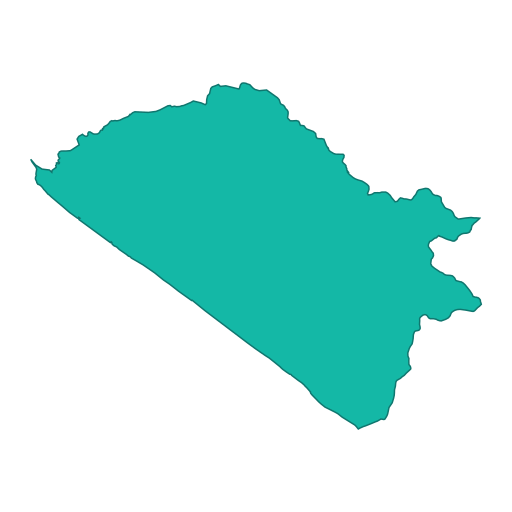 outline of Seluma, Bengkulu, Indonesia
{"feature_id": "22746128B87861638449066", "entity_name": "Seluma", "entity_type": "district", "adm_level": 2, "iso_a3": "IDN", "parent_name": "Indonesia", "parent_adm1": "Bengkulu", "projection": "albers", "projection_center": [102.762, -4.08], "detail": "fine", "context": "isolated", "style": "filled", "palette": "teal", "viewbox_px": 512, "rotation_deg": 0, "n_neighbors": 0, "source": "geoboundaries", "source_scale": "gbopen_adm2", "svg_char_len": 5992}
<svg xmlns="http://www.w3.org/2000/svg" viewBox="0 0 512 512"><path d="M481.3,304.4L481.0,303.1L480.5,301.8L480.3,300.0L479.2,298.5L477.9,297.6L477.4,297.6L476.8,297.3L474.9,297.1L474.2,296.8L473.1,296.5L472.0,294.0L469.7,290.5L465.2,284.9L463.2,283.0L461.1,281.8L460.4,281.8L456.7,280.8L456.1,280.6L455.7,280.2L454.7,278.1L453.3,276.6L452.2,275.8L450.3,275.4L446.7,275.2L445.1,274.8L444.1,274.2L443.0,273.2L440.9,272.2L440.4,272.2L434.7,268.4L431.8,266.0L431.5,265.5L431.4,264.9L431.1,264.7L430.7,263.7L431.3,259.2L432.5,257.9L433.5,255.7L433.3,253.5L433.1,253.0L432.1,251.9L431.0,250.2L428.5,246.9L428.3,245.3L428.6,243.8L429.3,242.4L429.6,241.5L431.3,240.9L434.7,238.2L436.4,237.8L438.6,235.6L439.4,235.8L439.5,236.2L442.0,237.0L446.1,238.9L448.3,239.7L450.9,240.4L452.5,241.0L453.5,241.1L454.1,240.8L454.7,241.0L455.2,240.3L456.2,239.8L456.2,239.6L456.9,239.2L457.5,237.5L458.4,236.1L461.5,234.0L463.6,233.4L466.5,233.2L467.9,232.9L469.7,232.0L470.6,229.9L471.0,229.8L471.2,229.4L471.5,227.5L471.9,226.3L471.9,225.6L472.7,224.9L474.2,223.1L475.9,221.9L479.6,218.5L479.8,218.2L476.7,217.9L474.2,217.9L471.1,217.5L465.7,218.0L458.4,219.1L457.4,218.5L455.0,216.8L454.2,215.6L453.3,213.3L452.3,211.7L451.7,211.1L450.5,210.1L446.0,208.4L444.9,207.6L444.4,206.9L441.4,201.8L441.1,198.1L440.8,197.4L439.5,196.5L437.7,195.7L436.9,195.5L435.5,195.5L434.6,195.2L432.7,194.1L431.8,192.8L431.2,191.7L429.9,190.1L428.4,188.9L427.0,188.5L425.3,188.4L421.2,189.4L419.0,189.8L417.4,191.1L415.8,194.5L413.8,196.8L413.1,198.0L412.2,199.1L411.6,199.7L410.4,200.0L406.4,199.0L404.1,198.9L402.3,198.3L400.4,197.9L398.9,199.3L397.4,201.3L395.1,201.8L391.5,197.5L390.2,195.4L387.7,193.1L385.8,192.1L381.8,192.1L379.5,192.8L377.4,192.7L374.3,192.8L372.5,194.0L371.3,194.5L369.2,194.9L368.5,194.7L368.2,194.9L367.5,193.4L368.4,191.2L369.0,189.2L368.8,186.4L368.4,185.8L366.9,184.3L364.5,182.6L362.0,181.1L357.9,179.9L355.3,178.9L353.0,177.5L349.3,174.4L347.6,172.3L348.4,172.2L346.8,170.0L346.8,168.7L346.0,167.0L346.0,165.7L345.0,164.5L343.6,163.3L342.5,162.1L342.4,160.9L342.9,159.2L343.9,157.5L344.1,155.3L343.1,154.3L335.9,154.2L333.8,153.6L330.3,151.5L328.9,150.2L328.2,147.9L327.9,147.6L327.9,148.1L326.4,145.6L323.9,139.2L321.5,138.6L320.1,138.7L317.5,138.5L316.7,137.8L316.1,136.7L315.6,133.5L313.4,131.5L306.4,128.9L305.0,127.3L304.7,126.7L303.9,125.8L301.5,125.4L300.6,125.5L300.0,124.5L299.7,123.4L298.6,121.3L296.4,120.6L292.0,120.9L291.5,120.8L290.2,120.8L289.0,119.5L288.6,119.2L287.7,118.1L287.6,117.5L288.1,113.8L288.1,111.9L287.4,110.4L286.9,109.8L286.0,109.0L285.1,107.8L284.7,106.7L283.5,105.3L281.0,104.1L280.4,103.3L279.2,99.8L277.5,97.8L266.6,90.0L259.2,90.7L254.8,89.4L252.7,87.8L249.8,84.7L246.3,83.6L246.9,83.6L244.9,83.1L243.0,83.0L241.7,83.4L240.5,84.8L239.5,88.1L238.9,89.0L225.8,85.8L220.4,86.4L218.4,84.5L215.9,85.6L212.2,86.9L210.8,88.4L209.6,93.6L207.6,95.8L206.7,99.6L206.5,103.5L205.2,104.7L201.1,102.9L193.3,101.0L190.7,102.5L183.6,105.5L181.7,105.8L179.7,106.5L176.5,106.7L174.5,106.2L171.8,106.8L170.2,105.5L167.9,105.8L160.2,109.8L156.1,111.4L148.4,112.4L134.8,111.8L132.7,112.7L129.8,115.1L129.7,114.8L128.5,116.3L128.2,116.5L123.4,118.4L120.0,120.1L117.7,120.7L116.1,120.8L115.1,120.5L112.6,121.0L111.8,120.7L110.2,121.5L109.0,123.2L108.0,124.3L107.2,125.0L103.9,126.8L103.7,128.0L102.6,128.5L102.9,129.3L102.3,130.2L101.4,130.0L100.5,130.6L99.4,132.7L97.5,134.0L94.6,134.1L93.3,133.9L90.0,131.9L88.7,132.0L87.9,133.3L88.0,134.9L87.1,136.1L86.7,136.3L85.7,136.3L84.6,135.9L83.2,135.0L82.5,134.3L78.8,136.4L77.1,139.1L79.2,144.9L71.2,150.2L70.1,150.7L66.2,151.0L63.7,151.0L61.1,151.1L59.3,152.0L59.0,153.0L58.0,154.2L58.6,156.8L59.0,157.4L59.7,157.9L59.6,158.6L58.4,159.7L58.1,160.3L58.2,160.9L58.5,162.0L59.4,162.4L59.3,163.4L59.0,163.7L58.7,163.8L57.7,162.8L56.9,162.8L56.4,163.0L56.6,164.3L55.7,165.5L56.1,166.7L56.1,167.4L52.1,170.4L51.8,172.3L49.4,170.0L42.1,169.1L35.6,165.1L30.7,159.3L32.1,162.0L36.1,167.5L36.7,169.3L36.0,173.4L36.0,174.7L36.3,175.5L35.6,177.0L35.4,178.6L35.7,179.8L36.3,180.7L36.9,182.8L37.9,184.3L39.0,184.6L40.5,185.5L42.3,187.3L43.8,189.4L45.0,190.6L48.0,194.2L49.1,194.8L51.2,196.8L57.9,202.5L62.7,206.5L69.6,212.5L77.5,218.2L78.5,218.0L78.8,217.3L79.9,218.2L79.3,218.5L78.7,218.9L79.0,219.6L110.4,242.6L111.1,241.8L111.8,242.4L111.9,243.4L112.3,244.3L114.2,245.9L116.6,246.9L119.3,249.5L126.4,254.4L128.4,256.1L129.9,256.6L130.6,257.1L131.3,258.0L143.0,264.8L154.6,272.8L163.5,280.0L169.5,284.1L178.7,291.3L191.6,300.5L192.1,300.2L204.9,310.6L247.0,342.5L255.7,348.9L265.4,355.6L269.2,358.0L280.5,367.1L280.5,367.3L282.7,369.3L286.4,372.0L289.7,374.2L291.1,374.5L291.7,375.4L298.4,380.5L301.5,382.6L304.3,385.1L305.4,386.5L306.4,387.3L309.9,391.3L310.3,391.7L310.2,391.8L310.8,393.4L312.1,395.0L318.8,401.9L321.6,404.4L322.3,404.9L325.0,407.1L334.8,412.0L337.7,413.6L342.1,417.1L354.8,425.0L356.3,426.5L358.3,429.0L360.1,428.0L363.7,426.4L365.1,426.0L370.7,423.8L375.2,421.9L377.4,421.1L380.8,419.1L381.4,419.1L383.9,419.5L384.3,419.4L384.9,419.1L386.5,416.6L387.4,414.7L387.7,413.7L389.0,407.5L392.2,402.8L393.6,398.2L394.2,395.4L394.4,393.0L394.5,389.8L395.4,386.2L395.7,383.0L396.1,381.4L397.0,380.3L400.5,378.3L402.1,376.8L404.3,375.3L406.3,373.1L409.5,370.2L410.7,369.0L410.8,368.2L410.5,366.9L410.2,366.2L408.9,364.5L408.8,360.7L408.9,358.5L407.9,356.1L407.8,352.9L409.3,348.4L410.4,346.3L412.1,343.9L412.6,341.7L413.1,338.7L413.4,334.6L414.3,332.1L414.8,331.4L415.5,331.0L418.0,330.5L418.9,330.2L419.5,329.6L420.1,328.7L420.1,327.1L419.5,324.4L419.7,320.8L419.6,318.8L420.0,317.7L420.6,317.0L422.8,315.2L424.2,314.7L425.5,314.7L426.5,315.1L427.4,315.9L428.2,317.2L429.1,318.2L430.2,318.7L433.5,318.7L436.3,319.3L437.7,320.1L439.6,320.7L441.3,320.9L445.7,319.3L448.4,317.8L450.1,315.8L451.1,313.2L451.6,312.5L452.8,311.5L454.8,310.3L457.1,309.6L459.2,309.4L460.5,309.4L465.8,310.1L472.1,311.3L473.2,311.4L473.9,311.2L474.9,310.5L477.6,307.6L479.5,306.2L480.9,304.7L481.3,304.4Z" fill="#14b8a6" stroke="#0f766e" stroke-width="1.5"/></svg>